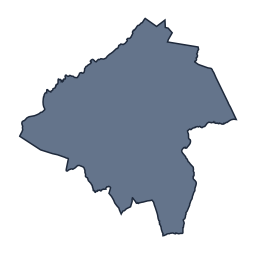 Mutoko, Mashonaland East, Zimbabwe (Robinson projection), rotated 178°
{"feature_id": "62879985B11813721132111", "entity_name": "Mutoko", "entity_type": "district", "adm_level": 2, "iso_a3": "ZWE", "parent_name": "Zimbabwe", "parent_adm1": "Mashonaland East", "projection": "robinson", "projection_center": [32.255, -17.423], "detail": "fine", "context": "isolated", "style": "filled", "palette": "slate", "viewbox_px": 256, "rotation_deg": 178, "n_neighbors": 0, "source": "geoboundaries", "source_scale": "gbopen_adm2", "svg_char_len": 5716}
<svg xmlns="http://www.w3.org/2000/svg" viewBox="0 0 256 256"><g transform="rotate(178 128 128)"><path d="M195.9,179.2L196.2,178.5L196.3,175.8L196.8,174.4L197.3,174.1L198.0,174.1L198.4,173.6L199.1,171.7L198.9,171.8L199.4,170.7L201.6,169.8L201.9,168.6L202.6,168.0L203.5,167.6L203.9,166.7L206.2,167.9L207.0,169.1L207.7,169.1L208.2,166.7L208.1,166.1L208.8,166.1L209.6,165.8L210.5,164.3L211.1,162.0L211.3,162.0L211.6,160.6L211.9,158.0L212.0,156.9L211.9,154.2L211.5,152.3L210.6,150.2L210.6,149.2L213.1,147.0L214.1,146.7L214.6,146.7L216.5,145.3L219.1,144.2L221.2,143.5L226.5,142.7L228.6,141.7L231.2,139.1L232.2,138.8L233.1,138.3L233.6,137.8L233.9,136.7L233.9,135.7L233.2,133.4L233.5,132.1L233.3,129.8L234.4,127.3L235.2,126.2L235.3,125.7L236.2,124.3L236.5,123.5L216.1,109.2L204.3,105.0L199.3,103.7L191.9,100.8L190.9,100.2L189.0,99.7L188.7,99.1L191.2,88.7L191.2,87.5L191.0,87.3L190.3,87.1L189.8,87.3L189.0,88.1L186.2,89.1L185.1,89.0L184.7,88.7L184.4,88.8L182.1,90.1L179.7,92.2L177.9,92.3L176.5,91.6L176.2,91.6L173.9,90.4L173.4,89.8L172.5,87.0L172.6,85.1L172.0,83.3L172.2,81.2L171.7,80.5L170.5,79.6L170.3,79.6L169.9,78.7L169.9,78.1L169.3,76.5L168.6,75.9L167.8,74.8L167.2,74.3L166.5,72.8L165.8,72.0L165.9,71.5L165.5,70.8L165.5,69.9L165.1,68.8L165.0,67.8L164.5,67.1L164.9,66.9L164.9,66.7L164.7,66.5L164.2,66.7L163.5,66.3L163.4,66.0L163.4,65.2L162.8,64.9L161.7,66.0L161.1,66.1L160.7,65.9L160.2,66.8L159.0,66.6L158.3,67.0L157.5,66.1L157.1,66.1L156.0,67.4L155.1,67.5L154.8,67.8L154.0,67.6L152.3,67.7L152.5,68.1L152.4,68.5L151.4,69.5L151.3,69.8L151.1,70.0L149.8,70.0L149.6,70.3L149.1,70.3L148.0,69.7L147.5,68.9L149.3,63.3L146.8,60.1L144.9,56.5L143.8,53.5L141.9,50.7L139.9,48.3L139.4,46.3L137.8,42.3L137.1,43.6L136.5,44.2L136.1,45.1L135.6,45.3L134.7,45.4L133.6,46.2L132.5,47.3L128.2,49.2L126.4,54.5L126.4,56.5L126.0,58.0L125.6,57.8L124.8,56.6L124.7,56.3L124.3,55.9L123.8,55.1L123.1,54.3L122.8,53.8L122.7,53.2L122.3,52.9L122.2,52.6L121.9,52.5L121.5,52.5L121.1,52.8L120.7,52.5L120.6,52.9L119.8,52.5L118.8,53.0L117.9,53.0L117.0,53.3L115.7,53.4L111.0,54.5L108.4,54.7L106.6,55.1L105.5,53.7L105.0,52.9L104.3,49.9L103.7,48.2L102.1,42.7L101.5,40.2L101.0,36.4L100.4,34.3L99.7,33.9L100.0,32.5L99.6,31.3L99.9,30.9L99.1,29.7L98.5,28.0L98.2,25.6L97.8,24.1L97.3,22.5L96.7,21.3L96.9,20.6L96.8,19.1L95.2,19.4L94.6,19.8L93.5,20.1L93.1,20.5L92.4,20.8L91.3,21.0L90.3,20.9L89.4,21.3L87.0,21.5L86.7,21.5L86.0,21.1L84.4,20.6L84.1,20.7L84.1,21.0L83.8,21.4L81.0,20.5L78.8,20.9L78.3,20.9L77.8,20.7L77.1,20.9L76.8,21.5L76.6,26.4L76.3,26.4L76.1,26.8L75.7,29.2L75.2,30.7L75.3,31.7L75.8,33.2L76.0,34.2L74.8,35.2L74.4,35.4L73.7,37.3L73.7,38.0L73.5,38.9L73.0,39.9L73.0,41.5L72.0,42.5L71.4,43.7L69.1,48.7L69.0,50.1L68.8,50.2L67.7,53.2L66.6,54.8L66.3,55.7L65.9,57.7L65.6,58.2L64.5,61.3L63.4,62.9L63.2,65.4L62.1,68.4L61.7,70.1L61.8,71.5L62.6,72.8L64.4,74.7L64.6,75.4L64.6,76.3L64.4,77.0L64.5,77.5L63.8,77.9L63.6,78.7L63.7,79.9L63.5,81.0L64.2,82.5L64.2,83.2L64.0,84.4L64.2,86.6L67.0,89.8L68.3,91.7L69.0,92.2L69.9,94.6L70.4,95.4L70.9,95.6L71.5,97.4L74.4,101.2L75.0,102.4L75.1,102.9L75.1,103.6L74.5,104.8L73.0,106.4L72.4,106.6L72.0,106.1L71.6,105.9L71.2,106.5L70.6,105.9L70.1,105.9L68.9,107.4L68.1,108.2L66.8,109.9L66.3,110.9L66.0,112.1L66.0,113.2L66.2,114.0L67.2,114.8L67.8,115.7L67.8,119.6L68.0,120.6L68.4,121.3L68.6,123.1L66.5,124.7L66.0,124.7L65.4,124.2L64.8,124.3L63.9,125.2L62.7,125.8L61.7,125.9L61.0,126.4L60.6,126.2L60.0,126.8L59.3,126.8L59.0,127.0L58.5,127.0L57.5,126.6L56.4,127.1L55.9,127.0L55.5,126.8L55.2,126.2L54.9,126.2L54.2,125.8L53.6,125.9L53.1,126.4L51.2,126.9L51.1,127.2L50.6,127.5L48.7,130.0L47.0,131.0L46.2,130.8L45.4,130.7L44.7,130.3L44.4,130.3L44.0,130.6L42.5,130.5L42.1,131.0L42.0,130.6L41.2,130.6L41.3,130.2L41.0,130.0L40.0,129.6L38.7,129.8L37.3,129.1L37.1,129.1L36.8,129.6L36.5,129.7L36.0,129.4L35.0,129.2L34.0,128.6L32.2,128.6L31.9,128.8L32.1,129.0L32.1,129.3L31.0,129.3L29.5,130.2L28.9,130.1L26.1,131.9L24.4,132.7L22.0,133.1L19.5,132.7L24.9,145.2L26.9,149.1L26.8,149.3L38.3,175.2L40.3,180.3L41.5,182.4L41.9,183.6L42.7,184.5L43.0,184.7L46.0,185.3L55.4,189.0L59.0,191.7L58.9,192.3L58.1,192.5L57.2,193.6L57.1,194.8L57.4,195.4L57.3,195.8L56.8,196.3L56.2,196.6L56.0,198.4L56.5,199.0L56.7,199.9L55.9,200.9L55.8,202.5L54.7,204.0L55.1,206.5L85.5,212.6L84.6,215.0L80.5,221.6L84.4,226.4L87.2,227.2L87.3,234.6L95.9,228.5L107.0,236.9L107.7,236.2L109.9,233.0L110.6,232.5L111.1,232.5L113.0,230.6L113.9,230.2L114.6,230.1L115.4,229.3L116.6,227.5L118.3,225.6L118.6,225.4L119.1,225.6L119.4,225.3L119.6,224.6L120.1,224.0L120.2,223.5L119.9,222.4L121.3,219.8L121.9,218.9L121.9,218.6L123.1,217.6L125.2,217.5L125.5,217.3L126.1,216.5L125.7,215.8L125.7,215.1L128.0,212.6L130.0,211.6L131.3,212.0L132.4,212.1L132.9,211.5L133.9,211.1L134.4,210.7L134.7,209.5L135.4,208.1L135.8,207.8L136.3,207.9L137.1,207.5L140.5,204.5L142.5,203.1L143.8,202.4L146.3,200.3L146.9,199.4L147.8,198.5L150.1,197.7L152.7,198.2L154.1,197.4L154.7,197.4L155.2,197.6L156.5,196.5L157.2,195.4L157.6,195.3L158.4,195.5L159.8,197.0L160.8,197.8L161.5,197.7L162.5,197.1L163.3,196.2L163.3,195.8L163.2,195.7L162.7,195.7L162.4,195.0L162.5,194.5L163.2,194.0L164.0,193.1L165.4,192.6L167.1,191.1L167.7,191.0L168.0,190.7L168.9,189.2L169.3,188.7L169.4,187.1L170.0,185.1L170.8,184.5L171.7,184.3L172.0,184.4L172.3,185.0L173.5,184.9L174.5,184.4L175.0,182.9L175.3,182.6L176.7,180.4L177.2,180.1L179.6,180.4L181.2,181.7L182.5,181.7L183.6,182.4L184.1,182.5L184.7,182.5L185.4,181.7L186.8,181.9L187.1,182.1L187.9,183.0L188.4,183.0L188.7,182.8L188.8,182.4L189.1,181.9L188.8,180.2L188.9,179.4L189.3,179.1L190.3,179.2L190.6,179.0L190.9,177.4L191.8,176.6L192.3,177.8L193.1,176.8L193.3,178.0L194.0,178.9L194.4,178.9L194.6,178.6L195.3,179.0L195.8,179.1L195.9,179.2Z" fill="#64748b" stroke="#1e293b" stroke-width="1.5"/></g></svg>